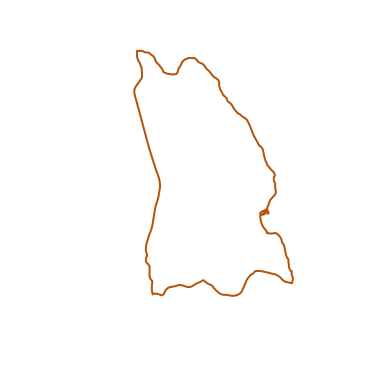 outline of Bolungarvíkurkaupstaður, Vestfirðir, Iceland, rotated 42°
{"feature_id": "244011B6311767935335", "entity_name": "Bolungarvíkurkaupstaður", "entity_type": "district", "adm_level": 2, "iso_a3": "ISL", "parent_name": "Iceland", "parent_adm1": "Vestfirðir", "projection": "mercator", "projection_center": [-23.321, 66.137], "detail": "fine", "context": "isolated", "style": "outline", "palette": "amber", "viewbox_px": 384, "rotation_deg": 42, "n_neighbors": 0, "source": "geoboundaries", "source_scale": "gbopen_adm2", "svg_char_len": 5739}
<svg xmlns="http://www.w3.org/2000/svg" viewBox="0 0 384 384"><g transform="rotate(42 192 192)"><path d="M327.2,192.9L327.2,192.7L326.5,191.4L326.0,190.5L325.1,189.0L323.8,188.0L322.5,187.1L321.4,186.8L320.6,185.9L319.7,184.8L319.3,184.4L318.7,184.2L318.0,184.5L316.9,184.2L316.1,183.9L314.6,183.1L313.4,182.2L312.2,180.7L310.9,180.0L310.1,178.9L308.3,177.4L307.4,177.3L305.7,176.8L304.0,175.8L302.7,174.9L300.1,173.1L297.6,171.1L296.2,170.2L294.5,169.5L293.3,169.4L292.2,168.9L291.3,168.2L290.3,167.5L289.1,166.9L288.2,166.6L285.9,166.2L283.9,166.1L282.5,166.2L281.3,166.8L280.7,167.4L279.4,169.2L278.1,170.4L276.8,171.2L275.9,172.0L275.5,172.2L275.2,172.2L274.9,172.1L274.9,171.8L274.6,171.5L274.1,171.4L271.9,171.0L268.4,170.3L265.7,169.3L264.5,168.7L263.8,168.3L261.8,166.9L260.3,165.6L259.4,164.8L258.6,164.1L258.3,163.7L258.9,162.5L259.1,162.4L259.2,162.2L259.7,161.3L260.3,160.5L260.5,160.1L260.6,159.8L260.6,157.6L260.3,157.6L260.4,159.9L260.3,160.0L260.2,160.1L260.0,160.4L259.6,160.3L258.9,162.0L259.0,162.0L258.9,162.1L258.4,162.8L258.1,162.8L257.9,162.7L257.6,162.6L257.3,162.5L257.0,162.3L256.8,162.0L256.7,161.6L256.7,161.3L256.6,160.9L257.1,159.8L257.5,158.7L259.5,158.8L259.5,158.5L257.8,158.4L258.6,155.8L261.6,157.1L261.8,156.7L261.6,156.6L261.8,156.4L262.2,156.7L262.2,157.0L262.6,157.3L262.9,157.3L263.1,157.1L263.2,156.9L263.0,156.5L262.1,155.8L261.1,155.4L260.5,155.2L260.0,154.9L259.3,154.3L258.7,153.7L258.3,153.0L257.3,150.1L256.1,147.6L255.5,145.4L255.4,142.1L255.5,138.7L255.2,137.1L254.3,136.0L253.0,134.7L251.3,133.5L248.3,130.2L247.3,129.6L246.2,129.4L245.6,129.0L243.8,127.4L242.8,125.9L242.5,124.2L241.9,123.8L240.2,122.8L238.6,122.5L238.1,122.5L237.0,122.5L235.3,122.5L233.0,122.0L230.5,121.7L229.5,121.3L228.2,120.6L225.7,119.6L224.0,118.6L221.3,116.8L218.8,114.9L215.5,112.7L212.9,112.2L210.9,112.4L210.2,112.3L207.3,111.2L204.1,110.1L201.9,109.4L200.5,108.9L198.1,107.9L196.8,107.1L194.3,105.8L191.7,104.5L189.2,103.4L186.9,102.5L184.4,101.6L183.1,101.5L181.2,101.8L178.3,102.2L176.6,102.2L175.1,102.3L174.5,102.5L173.3,102.8L172.0,102.7L170.5,102.5L169.4,102.3L168.6,102.2L167.3,101.9L166.8,101.8L165.7,101.5L163.9,100.8L162.8,100.6L161.1,100.4L160.6,100.4L159.6,100.6L158.2,100.7L157.4,100.6L155.8,99.6L154.8,99.3L153.2,99.0L152.1,99.1L151.3,99.1L150.1,99.0L148.8,98.5L146.9,97.7L144.6,97.0L142.5,95.7L140.7,94.6L139.3,92.7L137.9,91.7L136.5,91.3L135.0,91.2L132.7,91.6L130.9,91.8L129.9,91.7L128.5,91.5L126.4,91.2L123.6,90.6L121.7,90.8L120.9,90.8L119.9,90.6L119.1,90.5L117.7,90.0L116.8,90.0L115.7,89.7L113.9,89.8L112.8,90.2L111.4,90.7L109.4,91.1L107.9,90.9L106.6,90.6L105.5,90.6L104.5,90.8L103.6,91.3L101.9,93.0L100.5,94.0L99.8,94.7L98.8,96.8L98.0,98.5L97.7,101.1L97.7,102.2L98.3,103.6L98.7,104.9L99.1,106.6L99.3,108.4L99.4,109.0L100.3,111.0L101.1,112.6L101.4,113.7L101.3,114.7L101.0,115.3L100.4,116.2L99.5,117.0L98.8,117.7L97.8,118.5L95.5,119.9L93.8,120.9L92.4,121.5L91.3,121.8L90.4,121.9L89.7,121.5L88.3,120.8L87.4,120.6L86.1,120.3L84.9,120.2L83.8,119.9L82.9,119.6L82.0,119.5L80.8,119.6L80.0,119.6L79.0,119.5L77.8,119.2L77.1,119.0L76.6,118.6L76.1,118.2L74.9,117.6L73.9,117.3L72.7,117.0L72.4,117.0L71.2,117.1L70.3,117.3L69.5,117.3L69.0,117.3L68.2,117.2L66.8,117.4L65.8,117.9L64.8,118.6L64.5,118.9L63.4,119.8L63.1,119.9L62.5,120.0L61.7,120.1L61.3,120.2L60.1,120.8L59.3,121.6L57.9,122.9L56.8,123.8L58.1,125.6L58.4,125.9L59.7,127.2L60.9,128.4L61.5,128.8L62.8,129.6L64.4,130.3L66.5,131.0L68.4,131.9L70.2,132.8L71.2,133.4L72.5,134.4L74.2,136.0L75.8,137.6L77.2,139.2L78.1,140.5L78.5,141.4L78.8,144.1L79.3,147.7L79.4,149.4L79.7,151.5L80.2,153.3L80.8,154.5L81.6,155.7L82.7,156.8L84.3,158.0L86.2,159.4L88.0,160.4L91.7,162.8L100.7,168.6L112.1,176.0L122.9,183.0L126.8,185.5L130.1,187.7L132.2,188.9L142.1,194.8L142.8,195.2L148.7,198.6L150.6,199.8L153.8,201.3L156.0,202.6L157.4,203.4L159.0,204.4L161.9,206.7L163.2,207.8L164.7,209.4L166.1,211.5L167.2,213.2L167.7,214.0L169.6,216.9L170.7,218.9L171.2,219.8L172.2,221.8L173.4,224.6L175.1,228.1L176.3,229.9L177.5,231.9L180.6,236.6L182.3,239.3L183.9,241.7L184.8,243.4L185.4,244.3L186.5,246.4L187.3,248.3L188.2,250.6L189.0,252.8L189.8,254.7L190.8,256.7L191.2,257.5L192.5,260.1L193.8,262.6L194.8,264.0L196.4,265.9L197.6,267.0L198.6,267.5L200.5,268.5L201.0,269.2L201.5,270.0L201.9,271.3L203.0,273.2L203.9,274.2L205.0,274.7L206.0,274.9L208.3,275.0L209.7,275.4L210.5,275.9L211.3,276.8L213.6,279.4L215.4,281.5L216.6,282.7L217.6,283.7L219.2,284.3L222.0,284.8L222.8,285.6L223.4,286.4L224.5,288.0L225.6,289.3L227.0,291.0L228.4,292.3L231.2,294.3L232.0,292.7L232.5,292.1L233.1,291.7L233.3,291.5L234.6,290.9L235.9,290.2L237.1,289.6L238.3,289.3L238.8,288.7L239.1,288.0L239.2,287.3L239.2,286.6L239.0,285.8L238.7,284.8L238.2,283.1L238.2,282.2L238.2,280.6L238.4,279.1L238.9,278.0L239.9,276.7L240.6,275.7L241.9,274.1L243.0,272.6L243.4,271.9L243.8,270.8L244.4,270.0L245.1,269.4L246.1,268.7L247.6,267.7L248.4,267.3L250.9,266.3L252.0,265.9L253.2,264.9L254.0,264.0L254.6,263.0L255.3,261.4L256.1,258.6L256.7,256.7L257.7,254.7L258.4,253.0L258.9,251.3L259.5,249.9L261.1,249.9L263.3,249.7L265.1,249.5L266.5,249.0L269.3,248.2L270.0,248.2L271.2,248.4L272.4,248.8L275.6,249.0L278.1,249.0L279.9,248.9L281.8,248.5L283.2,247.9L284.3,247.3L285.1,246.5L286.5,245.2L288.1,244.3L290.2,243.1L291.8,241.9L293.3,240.1L294.4,238.5L295.2,236.7L295.4,236.0L295.6,234.4L295.4,232.1L295.1,231.2L294.4,229.1L293.4,226.1L291.8,221.7L291.4,220.1L291.1,217.3L291.1,215.6L291.1,214.1L291.4,213.3L291.8,212.4L291.9,211.1L292.0,208.4L292.6,207.8L293.8,206.5L295.1,205.4L296.4,204.4L301.9,201.4L305.6,199.4L309.1,197.5L310.3,197.0L311.6,196.7L313.0,196.5L314.3,196.4L315.9,196.5L318.6,196.7L319.9,196.7L321.7,196.0L321.8,195.9L324.3,194.7L325.8,193.8L327.2,192.9Z" fill="none" stroke="#b45309" stroke-width="2"/></g></svg>